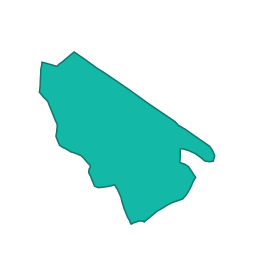 outline of Al-Hindiya, Karbala', Iraq, rotated 158°
{"feature_id": "34846034B69940766405797", "entity_name": "Al-Hindiya", "entity_type": "district", "adm_level": 2, "iso_a3": "IRQ", "parent_name": "Iraq", "parent_adm1": "Karbala'", "projection": "natural_earth1", "projection_center": [44.226, 32.466], "detail": "fine", "context": "isolated", "style": "filled", "palette": "teal", "viewbox_px": 256, "rotation_deg": 158, "n_neighbors": 0, "source": "geoboundaries", "source_scale": "gbopen_adm2", "svg_char_len": 1601}
<svg xmlns="http://www.w3.org/2000/svg" viewBox="0 0 256 256"><g transform="rotate(158 128 128)"><path d="M167.6,81.1L167.0,81.0L161.7,80.3L161.1,76.5L160.8,75.5L160.6,71.6L160.5,66.4L161.2,61.8L161.8,55.2L161.8,51.7L161.8,47.3L161.8,45.3L161.1,41.4L161.4,39.8L161.1,37.7L159.9,37.7L159.2,38.0L157.9,37.9L152.0,37.5L150.9,37.0L149.1,36.1L148.5,35.7L148.3,34.8L145.6,35.7L138.3,38.0L132.5,39.9L126.7,40.7L121.1,41.7L114.8,42.3L109.9,42.0L103.9,41.7L99.1,44.1L95.5,46.8L91.4,50.2L87.7,53.9L83.8,56.8L83.9,57.2L85.3,64.4L86.4,69.5L88.8,73.1L92.9,76.6L89.9,82.6L87.3,89.2L84.3,87.7L79.5,83.7L75.2,79.0L71.8,73.7L69.2,68.7L65.3,66.3L61.5,65.2L58.0,69.7L58.0,75.3L59.1,80.3L61.9,84.8L66.2,91.1L68.2,94.3L70.3,97.4L75.0,104.8L80.4,111.9L82.0,116.3L100.0,143.1L113.2,164.0L127.9,186.1L134.5,195.3L141.9,207.2L149.5,218.7L149.8,218.6L155.5,216.8L163.9,214.0L167.9,213.1L170.7,211.8L173.0,213.4L174.9,215.1L177.9,217.3L181.5,220.1L183.2,221.2L183.9,219.5L185.2,217.5L186.9,215.0L188.9,210.4L190.8,206.5L193.5,200.4L195.5,196.5L196.8,194.4L195.8,191.5L194.8,188.3L193.2,184.8L192.4,181.9L192.5,180.3L192.5,177.7L192.5,175.9L192.5,172.7L192.5,170.2L192.5,166.7L192.5,162.1L192.3,158.0L193.5,155.0L194.7,153.0L195.5,151.2L197.1,148.8L198.0,147.0L198.0,144.0L198.0,139.7L197.8,137.4L195.7,134.4L193.6,132.2L191.3,129.2L190.2,127.5L187.0,125.0L181.9,120.0L180.6,117.3L179.5,114.0L178.0,109.5L177.0,107.8L177.7,105.6L179.2,104.7L180.6,102.6L181.1,101.7L181.1,100.3L180.8,97.8L180.8,94.8L180.8,90.7L180.8,86.8L180.0,85.8L177.4,83.6L173.1,82.4L167.6,81.1Z" fill="#14b8a6" stroke="#0f766e" stroke-width="1.5"/></g></svg>